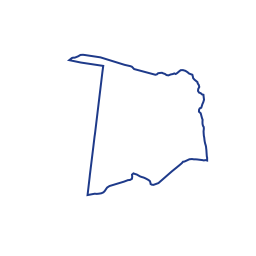 the district of Serra Preta, Bahia, Brazil, rotated 30°
{"feature_id": "56859067B53303266645960", "entity_name": "Serra Preta", "entity_type": "district", "adm_level": 2, "iso_a3": "BRA", "parent_name": "Brazil", "parent_adm1": "Bahia", "projection": "natural_earth1", "projection_center": [-39.348, -12.116], "detail": "fine", "context": "isolated", "style": "outline", "palette": "blue", "viewbox_px": 256, "rotation_deg": 30, "n_neighbors": 0, "source": "geoboundaries", "source_scale": "gbopen_adm2", "svg_char_len": 1811}
<svg xmlns="http://www.w3.org/2000/svg" viewBox="0 0 256 256"><g transform="rotate(30 128 128)"><path d="M212.8,116.6L211.4,114.2L210.4,113.1L208.7,110.6L206.9,107.9L206.0,106.7L205.0,105.3L204.0,104.2L202.6,102.9L201.4,101.6L200.2,100.1L198.9,98.3L197.5,96.7L196.2,94.8L195.1,93.1L194.1,90.8L193.1,89.3L191.8,88.6L190.5,87.2L189.4,85.4L188.5,83.6L187.0,82.3L185.1,80.4L183.6,78.9L181.3,78.4L180.4,76.7L180.3,75.1L181.3,73.8L180.9,71.9L180.5,70.2L180.3,68.1L179.7,65.5L178.4,63.8L176.7,61.5L175.4,61.9L173.5,61.5L171.8,61.8L170.1,60.9L169.3,59.1L169.2,56.8L167.7,55.3L166.2,54.6L165.1,53.5L163.3,53.2L161.4,52.9L159.6,52.3L158.5,51.1L157.1,49.7L154.9,50.1L153.5,50.3L151.7,49.9L149.1,49.8L146.6,50.4L144.7,51.6L143.8,53.9L143.1,55.9L142.3,57.4L140.8,57.6L139.9,58.8L138.2,60.3L136.7,62.2L134.9,62.9L132.9,62.7L131.1,63.1L129.8,63.2L128.5,64.1L126.7,65.5L126.2,67.1L125.1,68.2L103.8,73.9L102.5,73.5L100.8,73.0L99.3,73.2L93.5,75.0L68.8,80.6L54.3,86.3L52.4,87.1L50.3,88.5L49.0,90.8L47.7,92.5L46.7,93.7L45.3,94.5L44.4,95.5L43.8,97.1L43.2,98.6L54.4,94.9L75.5,86.6L77.8,92.2L89.3,119.1L101.6,147.9L102.4,149.8L103.3,152.1L107.5,161.9L118.4,187.6L119.3,189.6L126.5,206.3L132.1,201.5L133.7,200.8L135.0,199.9L136.3,198.9L137.6,197.8L138.9,196.0L139.4,194.0L139.5,192.1L139.7,190.0L141.0,187.5L148.5,179.5L151.4,176.4L154.0,173.2L155.7,172.0L156.8,170.1L156.1,168.2L154.8,166.4L155.4,164.6L157.2,164.3L158.8,163.9L161.0,163.9L162.6,163.9L164.3,163.6L166.3,163.1L168.1,162.9L170.1,162.8L172.0,162.8L173.6,163.1L174.7,164.1L175.6,165.2L176.9,165.2L178.5,164.5L181.9,160.5L187.7,143.5L188.4,141.7L191.3,134.1L192.2,131.5L192.5,129.7L193.6,128.9L194.9,127.1L196.8,124.4L198.9,122.9L200.7,122.2L201.9,121.5L203.5,120.7L208.5,118.6L209.8,118.2L211.3,117.0L212.8,116.6Z" fill="none" stroke="#1e3a8a" stroke-width="2"/></g></svg>